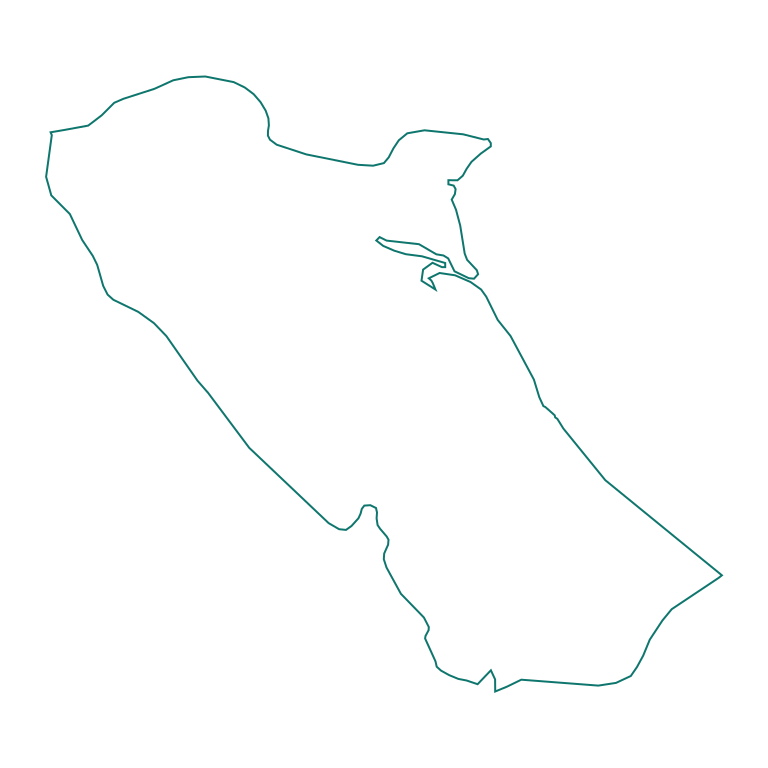 an SVG outline of Quảng Bình
{"feature_id": "VNM-476", "entity_name": "Quảng Bình", "entity_type": "Province", "adm_level": 1, "iso_a3": "VNM", "parent_name": "Vietnam", "parent_adm1": "", "projection": "robinson", "projection_center": [106.309, 17.511], "detail": "fine", "context": "isolated", "style": "outline", "palette": "teal", "viewbox_px": 768, "rotation_deg": 0, "n_neighbors": 0, "source": "natural_earth", "source_scale": "10m", "svg_char_len": 2029}
<svg xmlns="http://www.w3.org/2000/svg" viewBox="0 0 768 768"><path d="M207.5,392.2L197.5,380.7L166.4,336.1L153.9,323.1L138.3,311.9L113.4,299.8L107.6,294.6L103.2,285.9L97.2,264.9L92.8,255.9L82.2,240.0L69.9,214.1L51.3,195.4L46.1,176.8L51.8,135.1L50.6,132.3L64.7,129.9L88.2,125.6L101.7,115.3L114.2,102.8L123.4,98.8L154.5,88.8L173.2,80.3L188.3,77.2L205.3,76.5L233.7,82.1L244.8,87.5L253.7,94.2L260.6,102.2L265.7,110.7L268.4,118.3L268.9,125.4L268.0,130.9L267.9,135.6L270.0,139.7L276.7,144.7L306.3,154.4L358.0,164.8L373.1,165.7L383.9,163.1L388.7,157.4L393.4,148.4L398.8,140.3L407.3,133.3L424.5,130.3L463.1,134.3L483.8,139.5L487.9,139.0L490.8,143.1L490.8,146.4L480.9,153.5L471.5,161.8L466.7,168.7L462.8,175.7L457.5,180.3L448.4,180.2L448.4,184.3L453.7,185.6L455.6,189.1L454.9,194.1L451.7,199.6L456.0,209.7L460.2,225.5L464.7,253.6L467.1,259.8L476.8,270.2L478.1,274.2L474.0,278.7L468.8,278.2L454.5,271.3L448.2,258.4L443.5,255.5L436.3,254.3L419.0,244.2L386.6,240.6L379.6,237.1L376.3,240.5L383.2,245.9L394.3,250.7L405.8,254.2L422.0,256.3L445.2,263.0L445.2,267.1L441.9,267.1L432.5,262.8L423.1,269.6L421.5,280.7L435.4,289.5L432.7,282.9L431.3,280.5L428.8,278.3L439.6,273.0L455.1,275.3L470.5,282.0L481.1,289.5L486.2,296.6L497.7,319.9L510.6,336.1L533.9,379.6L539.3,397.2L543.4,406.1L545.3,407.0L554.7,415.3L555.2,417.4L557.3,418.8L563.4,428.6L605.3,480.2L692.8,551.6L721.9,575.3L718.9,577.7L671.7,609.2L662.4,620.5L649.8,639.6L643.2,655.6L637.0,667.0L630.8,676.0L616.0,682.9L598.3,685.6L521.3,679.7L506.9,686.7L495.2,691.5L495.1,679.4L490.9,670.3L477.6,684.2L466.6,680.5L458.3,678.9L449.1,675.1L441.0,670.6L436.7,666.7L435.5,661.4L433.2,656.3L425.1,638.5L425.5,636.0L428.6,630.2L428.8,627.0L423.9,617.5L400.9,593.8L386.5,567.5L383.8,559.2L384.2,553.5L388.1,544.7L388.5,539.7L386.7,536.5L380.1,528.8L377.6,525.1L376.6,518.4L377.0,512.5L376.0,508.0L370.3,505.2L364.3,505.6L361.8,508.9L360.6,513.6L358.5,518.2L351.5,526.0L346.0,529.9L339.1,529.2L328.6,523.1L249.2,447.8L207.6,392.2L207.5,392.2Z" fill="none" stroke="#0f766e" stroke-width="2"/></svg>